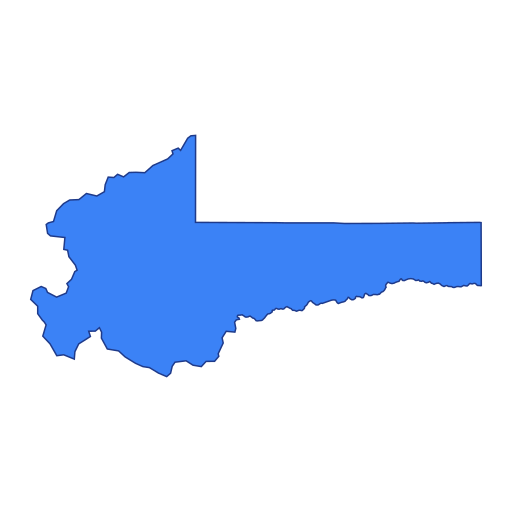 Summit, Utah, United States of America (Natural Earth projection)
{"feature_id": "52423323B4145431150884", "entity_name": "Summit", "entity_type": "district", "adm_level": 2, "iso_a3": "USA", "parent_name": "United States of America", "parent_adm1": "Utah", "projection": "natural_earth1", "projection_center": [-110.71, 40.9], "detail": "fine", "context": "isolated", "style": "filled", "palette": "blue", "viewbox_px": 512, "rotation_deg": 0, "n_neighbors": 0, "source": "geoboundaries", "source_scale": "gbopen_adm2", "svg_char_len": 4083}
<svg xmlns="http://www.w3.org/2000/svg" viewBox="0 0 512 512"><path d="M195.6,135.4L190.9,135.8L187.7,138.2L180.6,150.4L178.2,148.1L172.0,150.7L173.0,153.9L167.7,158.9L152.9,165.5L144.8,172.7L136.0,172.3L129.2,172.5L123.6,176.9L117.6,174.3L113.9,177.5L108.2,177.1L105.2,184.7L104.4,191.7L96.8,196.0L86.4,193.5L78.9,199.6L69.7,200.0L63.6,203.6L56.7,210.7L53.5,221.5L48.3,222.9L46.2,224.5L47.6,233.4L50.5,235.9L64.9,237.5L63.8,249.4L67.6,250.2L68.9,256.7L75.4,265.2L77.1,270.2L74.8,271.6L71.5,279.3L66.9,283.6L68.6,286.7L66.2,293.1L56.6,297.1L47.5,292.4L45.8,288.5L41.2,286.5L33.0,290.6L30.7,299.4L37.7,306.2L37.7,313.7L42.4,320.2L44.0,321.7L46.1,324.9L42.8,336.1L44.9,338.4L50.0,343.8L56.8,355.7L63.7,354.8L74.3,359.1L74.9,351.7L78.7,343.9L90.4,336.5L88.7,331.2L95.3,331.1L99.4,327.7L101.6,332.2L101.4,338.1L107.3,349.0L118.6,350.9L125.1,356.9L135.5,363.3L142.9,366.6L149.4,367.6L158.5,373.1L166.7,376.6L170.6,373.2L172.2,366.3L175.0,362.2L186.1,360.8L193.0,365.2L201.3,366.6L206.1,361.4L214.6,361.3L218.8,356.3L218.2,353.7L223.2,343.0L222.1,337.8L226.2,331.3L234.9,332.1L235.8,328.4L234.6,322.2L236.3,319.9L238.0,319.5L239.4,319.3L239.2,318.6L238.7,317.6L237.8,317.5L237.3,316.9L237.4,315.9L238.0,315.2L240.3,315.1L242.2,314.8L243.2,315.5L244.3,316.2L245.3,317.0L246.7,317.1L248.3,316.8L249.1,316.3L250.1,316.1L250.7,316.5L251.7,317.2L252.6,318.0L253.9,318.3L255.1,319.4L256.1,320.7L257.5,320.9L258.8,320.7L260.1,320.6L261.3,320.5L262.5,320.0L263.3,319.1L264.6,317.9L265.5,316.6L266.5,315.4L267.3,314.4L268.0,313.9L269.4,313.7L270.5,313.2L271.5,312.4L272.0,312.1L272.3,311.2L272.1,310.8L272.4,310.2L273.0,310.2L274.4,310.0L275.2,309.0L276.0,308.4L277.0,308.6L278.0,309.1L279.3,309.2L280.3,308.8L281.1,308.6L282.3,309.1L283.5,309.0L284.1,308.7L284.8,307.9L285.5,307.4L286.2,306.9L287.1,306.6L287.9,307.2L289.0,307.7L290.2,308.4L291.2,308.7L291.9,309.6L292.7,310.3L293.7,310.3L295.0,310.5L295.9,311.0L296.7,311.2L297.8,310.7L299.0,310.3L300.1,310.2L301.0,310.5L301.6,310.6L302.3,310.5L302.6,310.1L303.4,309.5L304.1,308.7L304.6,307.8L304.6,306.8L305.5,306.0L306.6,305.1L307.5,303.8L308.2,302.4L308.9,301.7L310.0,301.0L310.7,300.7L311.5,301.0L312.0,301.6L312.5,302.4L313.5,303.0L314.4,303.7L315.3,304.3L315.9,304.9L317.0,305.0L318.2,304.9L319.4,304.1L320.5,303.4L321.4,303.2L322.3,303.4L331.4,300.2L333.2,299.9L334.8,300.0L335.7,300.2L336.3,301.3L337.2,302.7L338.3,303.5L340.7,302.6L341.9,302.2L343.0,302.0L344.0,301.7L345.1,301.2L346.0,300.1L347.2,299.0L347.7,298.1L348.2,297.3L348.9,297.5L350.2,298.9L351.9,299.8L353.6,299.6L355.4,298.3L355.5,297.2L356.1,296.6L356.8,296.3L357.3,296.6L358.5,296.6L359.8,296.7L361.0,297.3L362.0,297.9L363.4,297.5L364.1,295.8L364.5,294.4L365.0,293.8L365.9,293.3L366.6,293.8L368.0,294.6L368.8,295.5L369.6,295.6L370.9,295.6L372.2,295.1L373.0,294.6L373.8,294.4L374.7,294.5L375.7,294.5L377.0,294.7L378.0,294.6L378.8,294.1L379.5,294.2L380.3,293.3L381.5,292.1L382.9,291.6L384.0,290.6L384.8,289.6L385.3,288.4L386.1,287.2L385.6,286.1L385.9,284.6L387.3,282.9L388.0,282.2L389.0,282.6L390.0,283.1L392.0,283.6L394.2,283.1L395.5,282.4L397.1,281.8L399.0,281.3L400.2,279.4L401.1,278.8L401.8,279.3L402.1,280.0L402.8,280.5L404.4,280.6L405.8,279.9L408.3,278.9L410.8,278.6L413.4,279.0L414.5,279.7L415.8,280.5L417.6,280.3L418.3,279.9L419.2,280.4L419.6,281.0L421.6,281.3L422.7,280.9L424.0,281.4L424.9,282.3L426.3,282.8L428.0,282.4L429.1,281.9L429.7,281.5L430.0,281.7L430.7,282.4L431.4,283.2L432.4,283.4L434.1,284.3L435.4,283.7L436.7,283.3L438.4,283.1L440.2,284.0L441.2,285.0L441.8,285.5L444.0,286.5L446.1,285.6L447.2,285.6L448.2,286.4L449.6,286.5L451.6,286.6L452.8,287.3L454.0,287.5L455.4,287.1L456.6,286.6L458.1,286.5L459.7,286.7L461.1,286.8L462.4,286.1L463.8,285.4L465.3,285.8L467.1,286.0L468.4,285.0L469.0,284.2L470.1,283.4L470.7,283.7L472.3,283.9L473.9,283.4L475.1,283.4L476.1,284.1L476.7,284.9L477.7,285.5L478.9,285.5L480.7,285.7L481.3,285.6L481.1,222.6L479.5,222.4L468.1,222.5L448.1,222.7L447.0,222.8L416.4,223.2L412.9,223.0L378.7,223.4L344.6,223.5L333.9,222.9L286.1,222.9L276.3,222.7L195.5,222.4L195.6,135.4Z" fill="#3b82f6" stroke="#1e3a8a" stroke-width="1.5"/></svg>